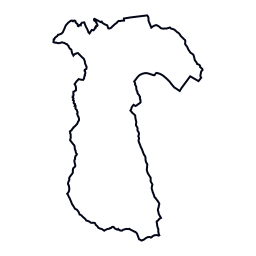 the district of Gura Humorului, Suceava, Romania
{"feature_id": "2599482B5765834419568", "entity_name": "Gura Humorului", "entity_type": "district", "adm_level": 2, "iso_a3": "ROU", "parent_name": "Romania", "parent_adm1": "Suceava", "projection": "orthographic", "projection_center": [25.87, 47.518], "detail": "fine", "context": "isolated", "style": "outline", "palette": "ink", "viewbox_px": 256, "rotation_deg": 0, "n_neighbors": 0, "source": "geoboundaries", "source_scale": "gbopen_adm2", "svg_char_len": 5617}
<svg xmlns="http://www.w3.org/2000/svg" viewBox="0 0 256 256"><path d="M159.3,235.3L158.9,234.4L158.3,231.9L158.3,228.9L157.7,227.7L157.1,225.2L157.1,224.2L156.6,221.8L156.9,221.2L157.8,220.7L159.3,218.9L161.0,217.9L158.9,214.3L157.9,210.1L158.0,209.0L158.7,207.0L158.8,205.7L159.1,204.8L159.3,204.0L159.1,203.2L158.7,202.6L157.5,200.7L156.2,199.1L155.7,198.2L155.2,197.7L154.6,197.4L154.0,195.2L153.5,194.2L153.2,193.0L152.8,192.4L152.3,190.5L151.8,189.0L151.7,187.8L151.8,186.9L152.4,184.7L152.2,184.1L150.9,181.8L150.6,181.0L150.7,177.8L148.0,173.6L147.3,171.9L146.8,170.0L147.3,164.4L146.0,162.0L145.8,161.2L145.5,159.4L145.5,157.7L145.0,155.9L144.4,155.4L143.3,153.1L142.3,150.2L141.4,148.1L140.9,147.3L140.0,144.7L138.7,141.7L138.6,140.1L139.0,138.8L139.0,137.9L138.3,136.3L138.5,135.4L138.9,134.8L138.9,133.1L138.5,132.0L137.6,130.7L137.4,129.8L137.6,128.7L137.5,128.1L137.2,127.2L136.0,125.4L136.0,124.5L136.3,121.9L135.7,119.6L135.3,117.3L135.2,115.5L134.6,114.8L132.4,112.9L130.4,110.5L131.2,109.3L131.6,107.5L132.5,106.1L133.6,104.8L135.4,106.0L136.2,105.6L137.0,105.3L137.4,104.7L140.0,103.0L140.6,102.1L140.6,101.4L140.4,100.8L140.5,100.1L140.4,99.7L140.1,99.3L140.1,98.4L139.8,97.9L140.0,96.9L138.7,94.6L137.7,93.6L137.4,92.5L137.4,91.6L136.7,90.5L136.3,89.0L136.2,86.9L136.0,86.2L135.0,84.5L135.2,83.7L134.9,82.7L134.2,81.5L137.7,76.9L139.5,75.1L142.2,73.8L144.5,73.2L146.6,73.1L148.1,73.4L153.3,75.1L154.5,75.2L155.6,73.6L156.4,72.9L157.6,73.1L160.3,74.0L163.2,75.7L167.0,79.0L169.8,81.8L171.6,84.3L174.4,87.5L177.4,89.4L179.7,91.0L181.6,87.9L190.2,76.3L198.5,81.1L201.2,77.7L200.6,76.8L200.4,76.0L200.4,75.4L201.1,71.9L201.3,71.3L202.5,70.1L202.5,69.5L202.1,68.7L200.2,67.2L200.1,66.0L199.5,65.0L199.0,64.7L197.0,63.9L196.7,62.7L194.8,60.2L194.2,57.5L193.5,55.0L193.0,54.4L190.3,52.5L188.3,49.4L187.2,46.9L185.3,44.4L185.1,43.8L185.3,42.0L185.2,40.5L184.9,39.9L183.8,39.0L180.7,35.9L179.4,33.8L178.3,32.8L177.2,32.2L174.6,29.8L173.6,29.3L170.9,28.5L170.0,27.5L166.6,28.5L162.7,28.6L161.5,28.4L160.6,28.0L159.5,26.8L156.9,25.3L156.1,25.1L154.0,25.8L152.8,26.5L151.3,27.6L148.7,21.2L148.5,20.5L148.5,18.5L148.3,17.2L147.9,16.3L147.4,15.9L147.1,15.4L130.8,17.4L123.9,18.5L124.0,20.6L121.4,20.7L120.1,21.1L118.7,20.9L117.3,22.0L117.0,22.6L114.5,24.5L110.8,28.0L109.3,28.5L108.3,28.4L107.2,25.3L105.1,24.5L102.5,23.0L101.7,21.6L100.7,22.1L94.5,18.8L94.1,19.1L94.0,20.0L94.3,20.6L95.4,21.2L95.8,21.9L96.3,22.2L96.6,23.4L97.2,24.3L97.5,25.3L97.3,25.9L97.0,26.0L96.9,25.9L96.0,26.6L95.9,26.9L95.7,26.6L94.8,28.2L94.8,28.7L93.6,30.3L91.7,30.0L89.5,33.4L88.3,32.1L88.2,31.5L87.1,28.8L86.2,27.3L85.0,24.5L84.3,22.4L82.0,22.7L81.0,23.8L80.8,25.3L79.7,25.0L79.2,25.3L78.6,26.2L77.8,25.9L77.6,24.2L75.7,22.6L75.6,22.3L75.7,21.7L75.4,21.1L74.5,20.5L74.0,20.6L73.1,21.3L72.6,21.2L72.4,20.7L72.1,20.6L71.3,20.6L70.7,20.8L68.1,22.8L65.8,25.4L63.9,29.9L62.8,32.3L61.5,33.6L59.4,34.5L58.0,34.8L57.2,36.2L56.7,36.4L54.9,37.8L54.3,39.3L53.7,39.3L53.5,42.2L55.2,42.7L55.9,42.5L57.5,43.1L59.6,43.1L62.0,42.3L63.4,42.8L64.3,42.9L65.9,43.9L67.0,44.2L67.6,45.1L68.6,46.0L68.8,47.0L69.9,48.7L70.9,49.2L71.5,50.0L71.5,50.8L72.2,53.3L72.5,54.0L73.0,54.6L73.4,55.5L73.7,55.1L75.1,53.9L77.4,53.1L78.0,53.1L81.6,56.8L83.8,58.8L84.0,59.3L84.8,61.2L84.9,62.4L85.1,62.9L85.1,63.5L86.6,66.9L86.5,67.9L86.3,69.0L84.9,69.7L84.5,70.5L84.6,70.8L84.9,70.8L85.4,72.8L85.3,73.4L84.8,74.7L85.0,75.4L84.5,76.0L84.3,76.7L84.2,77.9L84.0,78.6L83.1,79.9L80.6,79.6L78.7,79.1L76.6,81.3L74.6,84.1L75.0,84.6L75.8,86.5L76.0,88.8L76.0,90.2L75.9,90.4L74.9,90.8L74.0,91.7L73.8,91.8L73.4,91.8L73.3,94.1L73.6,94.8L73.2,96.3L72.7,96.4L72.8,97.1L72.6,97.5L73.5,98.3L73.3,99.5L72.9,99.8L72.9,100.0L73.9,100.9L73.7,102.7L73.7,103.1L74.2,103.7L74.8,103.8L75.0,104.2L75.1,104.8L74.7,105.8L75.5,105.8L75.6,107.2L75.4,107.6L75.5,108.6L75.8,109.1L76.7,109.8L77.1,111.1L77.5,111.8L77.6,112.8L77.1,113.6L77.4,114.2L77.4,114.6L77.9,116.0L78.5,116.8L78.7,117.9L79.0,118.6L79.0,120.0L78.9,120.5L78.0,121.7L77.9,122.2L76.9,124.3L76.3,124.7L75.1,126.2L74.4,126.5L74.0,127.1L73.4,127.5L73.4,127.8L73.1,128.0L72.6,128.7L72.2,129.1L71.6,130.3L70.3,131.0L69.9,131.6L70.2,132.1L70.1,133.3L70.7,134.4L70.7,134.9L70.6,136.3L70.8,137.4L70.1,140.2L73.2,144.2L74.0,144.9L74.6,146.2L74.8,148.7L75.2,150.1L75.6,150.6L75.6,151.2L75.8,152.3L76.2,153.3L76.9,154.1L76.5,155.0L75.5,156.0L75.5,156.6L75.0,157.4L75.1,158.9L74.4,160.2L74.4,161.6L75.3,165.4L75.2,166.4L73.2,168.3L72.8,170.1L72.9,170.9L72.7,172.9L72.5,173.4L71.8,174.2L70.2,176.3L69.4,177.5L69.1,178.6L69.4,179.4L69.2,180.2L68.7,181.1L68.0,183.4L68.0,183.9L68.3,184.8L68.7,185.2L69.0,186.4L69.2,187.9L69.3,188.7L69.3,189.2L68.9,191.4L68.1,192.7L67.2,193.8L68.1,195.1L69.1,197.4L69.4,197.7L71.3,202.1L71.9,203.8L73.9,206.9L74.9,208.7L77.0,209.8L77.5,210.4L78.5,211.8L79.1,213.1L79.4,214.1L79.6,214.5L80.6,214.9L81.7,215.6L82.4,216.5L85.0,218.7L86.3,220.5L88.5,221.2L89.8,221.9L90.6,222.6L91.4,222.8L94.3,222.8L94.8,223.0L95.9,225.0L97.1,226.0L98.5,227.9L99.9,228.5L102.0,229.1L104.2,230.7L104.8,230.2L107.4,229.0L109.0,228.8L109.8,228.5L110.2,228.0L111.2,227.9L112.0,227.0L112.6,226.8L113.6,227.0L114.6,228.2L115.1,228.6L117.1,229.6L117.5,229.6L118.2,229.0L118.6,229.7L119.5,229.9L119.9,230.4L120.9,230.6L122.1,230.6L123.1,229.8L125.9,229.0L126.9,228.9L128.2,229.1L129.3,228.8L130.6,229.7L133.7,231.2L134.4,231.7L135.2,231.8L135.8,232.3L136.9,233.4L137.8,235.7L139.1,239.3L140.3,239.8L141.7,240.6L142.8,240.0L143.6,239.8L146.0,238.0L147.8,237.1L149.8,237.0L150.6,237.5L151.1,237.5L151.7,237.2L152.1,236.8L152.4,236.3L154.7,235.2L155.5,235.1L156.9,235.1L158.7,235.6L159.3,235.3Z" fill="none" stroke="#020617" stroke-width="2"/></svg>